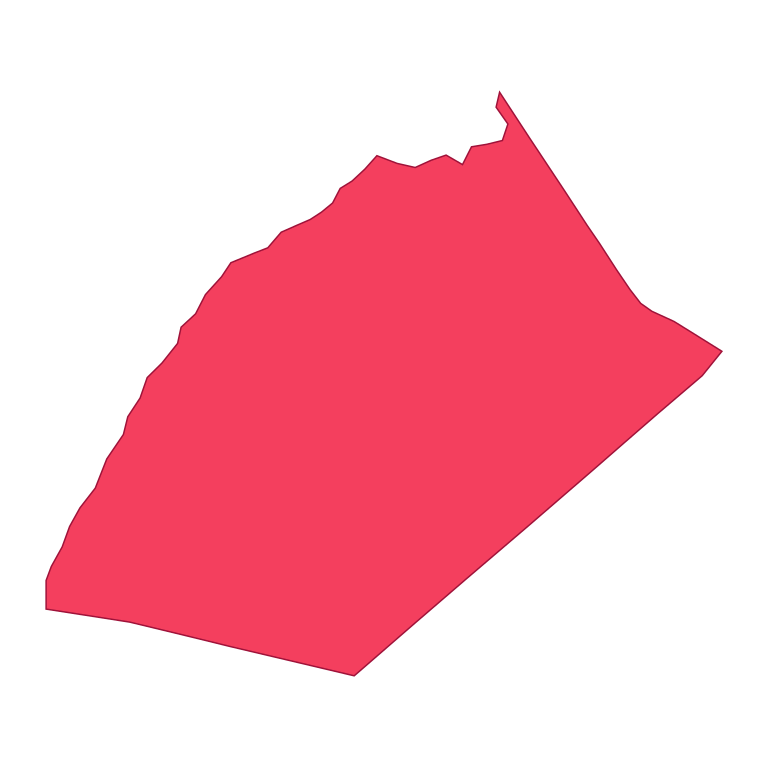 Feira Nova, Pernambuco, Brazil
{"feature_id": "56859067B25061969045755", "entity_name": "Feira Nova", "entity_type": "district", "adm_level": 2, "iso_a3": "BRA", "parent_name": "Brazil", "parent_adm1": "Pernambuco", "projection": "natural_earth1", "projection_center": [-35.384, -7.947], "detail": "fine", "context": "isolated", "style": "filled", "palette": "rose", "viewbox_px": 768, "rotation_deg": 0, "n_neighbors": 0, "source": "geoboundaries", "source_scale": "gbopen_adm2", "svg_char_len": 892}
<svg xmlns="http://www.w3.org/2000/svg" viewBox="0 0 768 768"><path d="M721.9,351.3L700.0,337.6L674.1,321.5L651.9,311.3L640.7,303.4L630.1,289.7L616.7,270.0L599.7,243.7L587.1,225.3L564.7,191.0L528.9,137.0L499.6,92.2L496.1,107.2L507.9,124.0L502.4,140.5L486.8,144.3L471.5,146.8L462.5,164.6L446.1,155.1L431.3,160.2L415.2,167.5L397.1,163.4L376.9,155.7L364.9,169.1L352.0,181.1L340.2,188.4L332.6,203.0L321.4,212.2L310.2,219.5L296.8,225.3L281.2,232.2L267.8,247.8L254.7,252.9L230.9,262.7L221.6,276.7L205.5,294.5L195.6,313.8L181.1,327.2L177.6,343.4L162.0,363.0L147.2,377.6L140.1,398.0L127.8,416.7L123.4,434.5L106.8,458.9L95.3,488.1L80.0,507.8L69.6,526.5L62.2,546.9L51.3,566.5L46.1,580.5L46.1,609.1L129.7,622.1L190.2,636.7L230.1,646.5L354.2,675.8L415.4,622.7L466.6,578.6L528.3,525.9L593.7,469.4L624.3,442.7L657.9,413.5L702.2,375.7L721.9,351.3Z" fill="#f43f5e" stroke="#9f1239" stroke-width="1.5"/></svg>